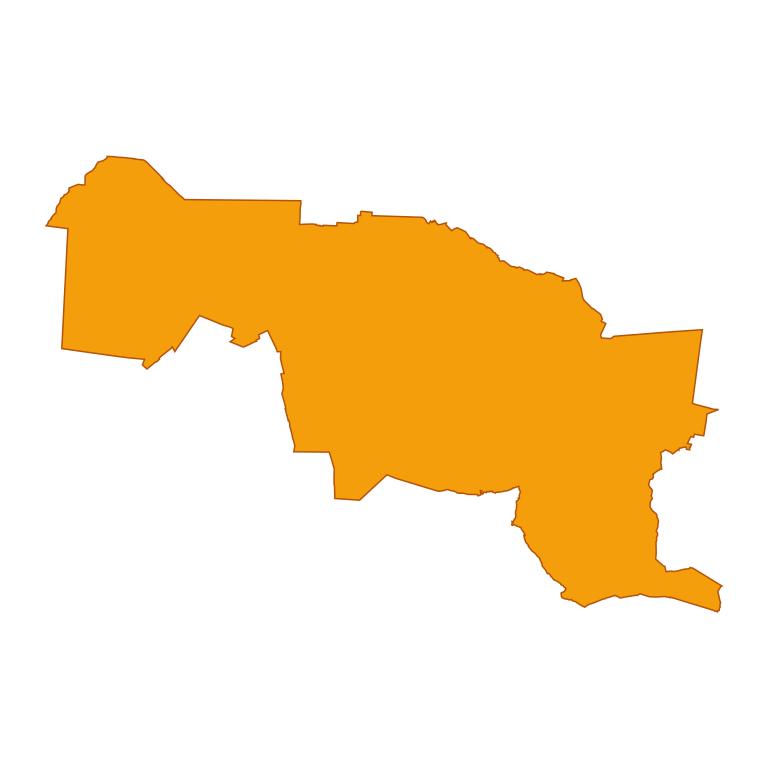 outline of Loreto, Zacatecas, Mexico
{"feature_id": "50627088B14254391912134", "entity_name": "Loreto", "entity_type": "district", "adm_level": 2, "iso_a3": "MEX", "parent_name": "Mexico", "parent_adm1": "Zacatecas", "projection": "natural_earth1", "projection_center": [-101.92, 22.274], "detail": "fine", "context": "isolated", "style": "filled", "palette": "amber", "viewbox_px": 768, "rotation_deg": 0, "n_neighbors": 0, "source": "geoboundaries", "source_scale": "gbopen_adm2", "svg_char_len": 6090}
<svg xmlns="http://www.w3.org/2000/svg" viewBox="0 0 768 768"><path d="M113.5,355.9L128.4,357.8L144.6,359.3L142.4,364.9L147.0,369.0L155.7,361.8L156.7,361.9L159.5,359.1L159.2,358.1L161.7,355.8L172.1,347.6L172.1,347.2L172.4,346.9L174.8,351.6L199.5,315.5L222.9,325.0L230.0,327.1L233.1,328.5L231.5,336.5L235.0,338.3L230.1,341.8L242.9,346.9L244.3,346.8L255.5,341.4L256.6,341.2L256.2,340.0L259.6,338.5L258.6,334.7L267.6,330.5L276.1,348.4L277.3,351.8L280.7,351.6L280.5,359.0L284.1,373.5L282.6,373.5L280.9,374.1L282.6,381.8L283.3,388.0L281.9,393.9L284.9,404.2L285.8,408.8L285.2,408.8L288.3,420.8L288.8,420.5L289.6,423.2L289.9,426.8L291.9,433.8L292.5,437.5L294.2,442.9L294.8,446.2L293.8,451.8L329.3,452.1L334.2,468.6L334.0,483.7L334.5,485.8L334.8,498.5L359.6,500.2L386.9,474.8L395.4,478.2L437.7,491.1L440.6,491.1L444.3,490.4L446.6,489.7L448.2,489.6L450.0,490.5L454.8,491.3L457.4,493.1L463.8,493.3L467.8,494.4L477.1,494.5L477.9,495.8L479.7,495.4L480.9,494.7L480.6,494.1L480.9,493.5L480.2,490.7L480.5,490.4L482.0,491.2L481.4,493.1L482.6,494.1L483.1,493.8L483.5,492.5L484.6,492.2L486.4,492.7L486.9,491.5L488.0,491.8L489.3,491.3L489.6,491.8L491.8,491.0L492.1,491.9L495.4,493.0L495.7,492.4L500.1,492.0L507.8,490.6L512.1,488.8L512.5,488.1L513.1,488.2L518.7,486.3L519.2,489.5L520.5,491.6L519.2,495.5L519.4,498.3L518.2,498.3L518.4,499.8L517.7,500.6L516.9,500.8L516.3,501.6L516.8,506.0L516.5,506.5L516.5,509.2L515.7,510.7L515.5,514.1L516.0,514.9L515.3,518.5L514.6,518.8L514.2,519.8L513.7,520.4L512.8,523.0L512.7,522.2L512.8,522.4L513.0,521.9L512.0,521.5L512.3,523.4L511.8,524.2L511.9,525.1L512.4,525.4L514.0,524.5L517.0,526.2L520.8,527.4L521.3,529.0L524.0,532.7L525.1,535.2L525.1,535.5L523.9,535.3L524.5,538.8L525.9,542.4L528.6,545.4L528.2,545.9L528.7,546.8L532.3,551.3L535.1,553.3L536.7,555.5L539.8,558.5L539.8,559.4L541.1,561.7L541.3,562.5L541.9,563.4L542.3,566.3L543.8,567.7L544.0,568.3L545.3,569.5L547.4,573.7L548.6,573.5L549.9,574.6L551.0,576.5L552.3,577.7L553.7,579.7L557.3,581.3L560.3,583.5L561.1,584.8L562.0,585.4L563.3,585.6L563.8,586.8L565.2,587.7L566.0,588.6L564.3,591.4L563.3,592.1L561.3,592.7L561.1,593.2L561.4,596.3L562.3,597.8L565.0,598.9L567.5,599.2L569.2,599.9L571.5,599.5L571.9,600.4L573.1,601.0L575.6,601.7L580.1,604.8L584.7,607.2L588.0,604.8L593.9,602.8L603.1,599.0L604.5,599.0L606.4,597.9L610.0,597.1L611.8,596.3L613.4,596.0L614.4,595.3L615.8,596.0L617.8,596.5L619.8,597.9L621.9,597.8L623.9,597.2L635.7,595.3L637.0,595.5L640.1,593.8L649.3,596.7L655.7,597.0L664.6,596.5L670.5,597.7L670.6,597.2L707.6,608.5L713.9,610.5L715.0,611.2L716.4,611.3L717.3,611.0L717.4,611.6L717.8,611.0L719.0,610.6L719.2,610.3L719.5,608.1L720.2,606.9L719.9,605.5L720.6,602.3L720.0,601.2L718.6,594.7L718.2,593.7L717.9,591.3L720.9,586.5L721.9,586.0L692.8,568.1L689.9,567.6L689.3,568.6L687.7,569.0L686.2,568.9L682.9,569.5L677.4,571.0L673.9,571.5L671.4,571.1L666.0,571.6L664.8,566.3L663.0,565.9L662.2,564.8L655.7,559.1L656.2,552.8L656.0,542.5L656.7,540.0L656.4,537.9L657.7,534.8L657.4,533.0L656.2,531.0L657.6,527.8L658.0,525.3L657.8,524.5L658.1,523.6L658.5,521.1L657.6,518.3L657.1,517.7L656.7,516.4L656.9,515.4L656.6,514.6L656.1,513.7L655.2,513.3L654.9,512.7L651.5,509.9L651.6,509.1L650.6,508.1L649.9,506.2L650.1,505.2L650.0,504.6L650.4,503.5L650.2,502.7L650.5,501.6L651.5,499.5L652.3,498.9L651.3,495.8L652.1,492.2L652.2,490.1L651.1,488.3L650.0,487.6L649.5,486.4L648.5,485.3L649.9,479.7L652.4,478.9L653.3,477.5L653.1,473.9L653.7,474.0L654.9,472.7L658.4,470.3L659.2,470.1L659.8,469.1L660.3,469.3L661.7,469.1L660.8,462.4L661.0,460.7L661.4,460.0L661.1,459.0L661.5,458.0L660.6,452.5L663.0,451.5L665.3,449.8L670.6,452.1L672.7,453.9L678.2,449.6L678.9,450.2L679.3,448.2L679.6,448.3L685.0,447.0L686.0,447.1L686.4,447.8L686.4,449.3L689.7,449.8L689.6,447.4L690.3,447.2L690.3,446.3L691.2,445.4L691.5,444.3L687.4,443.5L690.8,436.6L693.6,437.3L694.4,434.2L703.6,435.8L704.0,434.5L706.2,420.6L706.9,414.0L718.6,409.5L713.4,409.2L695.7,404.5L692.4,403.4L700.6,341.6L702.4,329.7L669.9,331.9L614.0,336.3L610.8,338.6L601.4,338.0L600.6,334.9L605.8,323.6L603.7,322.3L601.7,321.8L601.1,321.0L602.4,319.4L600.6,314.4L593.1,308.7L591.5,307.9L587.2,303.4L584.7,301.2L582.9,298.3L581.0,288.3L578.7,283.0L575.9,278.5L570.7,279.8L570.6,280.6L562.3,280.9L563.8,278.0L554.3,274.4L554.4,273.7L546.6,272.2L545.2,273.4L543.1,274.4L540.7,273.9L540.6,274.7L539.0,273.8L537.2,274.7L527.8,269.9L523.6,270.0L523.5,268.8L520.1,267.4L518.9,267.1L516.3,267.9L515.8,267.2L514.8,266.8L511.9,266.5L510.4,266.0L503.8,260.9L499.8,261.2L498.7,257.9L497.5,257.2L498.0,255.4L496.3,254.8L495.3,253.0L492.9,251.9L492.7,250.9L490.4,248.6L487.5,247.1L487.0,247.8L485.4,246.0L483.6,244.4L478.2,243.0L473.4,238.6L472.4,238.2L471.1,238.5L471.3,238.0L470.7,237.7L470.4,237.7L470.1,238.2L465.6,231.7L457.3,227.8L454.2,228.9L451.7,230.7L445.6,224.5L446.3,223.0L444.6,223.2L440.1,224.6L437.4,224.5L437.4,223.8L435.8,222.5L435.5,221.0L434.8,220.8L434.5,221.0L434.3,220.4L433.3,221.0L433.7,221.8L432.3,222.3L432.1,221.7L431.5,222.1L430.5,221.0L428.9,223.8L426.8,222.5L425.8,220.1L424.0,218.2L422.4,217.3L371.9,215.7L372.1,212.3L361.4,211.3L360.7,211.7L360.5,215.5L357.8,215.4L357.7,222.1L356.1,222.1L354.8,222.6L353.7,223.5L337.1,222.6L336.8,225.9L323.3,225.3L323.3,226.1L319.7,225.8L319.7,225.4L316.6,225.3L316.2,225.2L316.2,224.4L312.2,224.0L299.5,224.4L300.0,218.4L300.2,209.2L300.9,203.3L300.8,200.7L184.6,199.6L182.1,197.2L179.4,195.1L170.1,185.8L166.2,182.9L162.2,178.5L162.9,178.6L160.8,176.3L146.9,162.4L144.3,160.3L142.9,159.9L134.4,159.0L134.5,158.7L120.9,157.3L120.5,157.5L112.7,156.6L107.1,156.4L107.0,157.8L106.4,158.5L103.3,160.6L98.1,162.1L96.4,164.6L95.1,167.5L93.4,169.2L92.6,170.6L90.4,171.6L87.4,173.5L85.9,174.8L85.2,176.1L85.2,177.7L85.0,179.0L85.1,184.4L84.2,185.1L78.1,184.4L72.0,186.8L70.9,187.5L69.3,187.8L68.8,188.8L69.3,190.8L67.0,193.8L64.2,195.0L63.4,196.8L60.8,198.5L59.8,202.7L59.1,203.9L57.3,205.9L56.8,207.3L56.6,207.3L56.2,209.3L56.0,212.9L54.7,213.9L54.2,214.7L53.9,214.6L52.1,216.7L50.9,218.4L51.2,219.1L48.8,221.1L48.1,222.6L48.2,223.2L46.1,225.8L67.9,228.6L61.8,348.6L113.5,355.9Z" fill="#f59e0b" stroke="#b45309" stroke-width="1.5"/></svg>